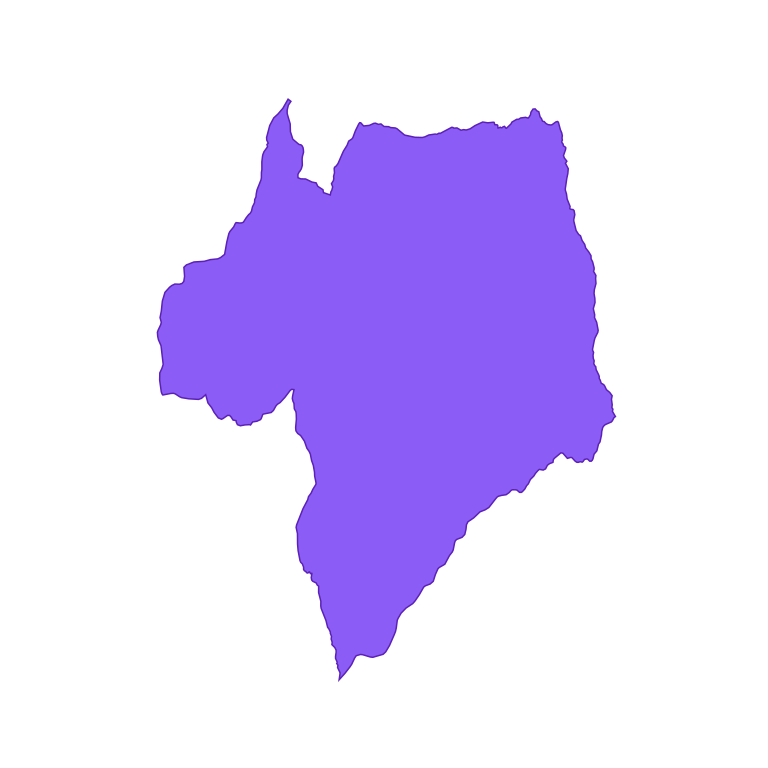 outline of Cácota, Norte de Santander, Colombia, rotated 11°
{"feature_id": "7082276B39579248859745", "entity_name": "Cácota", "entity_type": "district", "adm_level": 2, "iso_a3": "COL", "parent_name": "Colombia", "parent_adm1": "Norte de Santander", "projection": "equal_earth", "projection_center": [-72.647, 7.261], "detail": "fine", "context": "isolated", "style": "filled", "palette": "violet", "viewbox_px": 768, "rotation_deg": 11, "n_neighbors": 0, "source": "geoboundaries", "source_scale": "gbopen_adm2", "svg_char_len": 6146}
<svg xmlns="http://www.w3.org/2000/svg" viewBox="0 0 768 768"><g transform="rotate(11 384 384)"><path d="M617.4,371.8L613.5,367.3L613.5,365.0L612.2,363.7L612.0,360.9L610.2,355.6L610.2,352.0L607.2,349.2L603.4,347.1L601.0,343.8L599.8,342.7L597.0,341.7L595.6,339.1L594.2,337.4L593.8,335.4L593.1,334.2L589.5,329.4L588.5,326.5L587.4,325.8L586.0,323.9L585.9,321.2L584.5,318.8L583.7,315.8L583.7,313.0L582.5,311.3L582.1,310.1L582.1,301.5L582.3,298.7L584.0,292.6L584.0,290.5L581.0,282.9L578.0,278.7L577.6,275.8L575.1,270.1L575.6,263.7L574.6,259.6L572.9,255.0L572.5,251.2L572.9,244.9L571.6,240.1L571.3,237.0L568.2,233.4L568.4,231.5L568.1,229.9L565.5,224.3L563.4,221.6L562.7,218.5L559.7,215.2L556.0,212.0L554.4,208.7L551.0,205.2L548.6,201.0L546.6,200.1L543.3,196.7L539.3,188.0L538.9,186.5L539.0,181.4L537.5,177.5L536.3,176.7L533.6,176.8L532.9,176.3L532.8,174.2L528.5,167.5L526.9,162.7L525.0,159.1L524.7,157.7L524.2,147.0L524.3,142.4L523.8,137.5L520.0,132.7L521.0,130.4L517.9,127.7L516.6,125.5L517.5,119.3L517.4,117.5L516.9,116.9L514.7,116.0L514.0,114.3L512.5,112.9L512.2,111.7L512.6,110.6L511.8,108.6L511.7,106.3L510.5,103.5L508.6,100.7L505.2,93.7L504.1,93.2L502.5,94.1L499.6,97.3L498.5,97.9L495.6,98.1L493.5,97.5L491.1,95.8L489.6,95.8L489.1,95.3L488.0,93.5L486.2,91.9L484.0,87.2L482.0,86.7L479.9,85.1L477.8,85.7L476.4,89.1L476.4,91.9L475.3,94.7L474.7,95.5L472.1,95.2L467.3,96.8L465.6,98.5L463.8,98.8L459.6,102.5L459.0,104.5L455.4,109.6L454.8,109.6L453.2,108.1L451.9,108.7L450.9,109.9L449.7,110.1L449.0,109.7L448.0,110.6L447.0,110.9L446.3,108.4L445.6,108.0L443.3,108.3L442.2,106.2L441.2,106.2L436.1,107.8L430.9,108.0L424.1,112.9L419.8,117.1L416.2,119.0L413.6,119.1L411.2,120.2L406.8,118.7L403.8,119.5L402.6,119.0L401.5,119.1L391.2,127.4L390.2,127.2L388.3,128.8L386.5,128.9L380.5,131.0L376.8,133.7L374.5,134.7L367.3,135.9L356.7,135.7L348.0,130.9L346.2,130.5L341.6,131.0L339.4,130.5L334.8,131.2L331.4,129.3L328.8,130.2L326.1,129.6L324.4,130.0L320.3,132.9L314.8,134.6L311.3,132.0L310.3,132.1L309.6,133.5L307.6,140.9L306.4,148.2L305.6,149.7L303.0,152.3L302.2,156.7L299.7,163.3L296.8,176.3L295.5,179.1L294.1,180.7L294.0,182.1L295.1,186.2L294.9,189.9L295.5,191.8L295.5,194.0L294.2,197.4L296.0,200.3L295.8,203.7L295.2,205.5L295.2,208.7L288.1,207.7L287.0,204.9L281.3,202.6L279.0,199.5L274.8,199.5L268.0,197.7L263.2,198.5L260.2,197.9L259.5,194.8L260.3,192.0L260.9,191.1L261.8,188.5L262.1,184.8L260.7,178.8L260.5,176.3L260.8,171.8L260.2,169.5L259.3,167.2L257.9,165.6L256.9,165.1L254.7,165.0L247.8,161.1L244.0,154.2L242.3,146.6L238.1,138.5L237.3,136.8L236.7,133.7L236.9,128.6L238.7,124.3L235.5,122.7L232.1,132.7L228.4,139.2L225.0,143.8L222.5,152.1L221.7,164.5L222.4,167.0L224.4,169.7L223.4,171.2L224.4,173.4L221.9,178.8L221.3,182.0L221.3,183.8L221.7,189.2L223.2,196.8L223.3,199.7L224.3,205.1L224.3,207.1L222.3,217.7L222.3,221.6L222.6,224.8L221.9,227.6L222.3,230.8L221.1,235.1L220.9,239.8L220.0,242.2L218.9,243.4L217.0,247.1L215.1,252.0L213.6,253.0L211.7,253.5L208.0,253.8L207.4,254.9L206.5,258.4L203.6,263.8L203.0,266.0L202.6,274.3L202.8,287.2L199.4,291.1L196.9,292.9L189.9,295.0L184.3,297.8L174.1,300.5L167.3,304.8L165.3,307.6L167.7,316.4L167.9,321.5L166.6,323.8L164.1,325.1L159.6,325.8L156.9,327.8L155.0,330.0L151.5,335.8L150.6,344.8L151.5,355.1L151.5,361.6L153.6,365.9L153.5,368.4L152.0,374.3L151.7,376.5L152.8,380.5L154.2,383.7L157.8,388.9L163.5,406.9L163.0,411.1L161.8,415.9L163.0,422.9L166.9,434.3L168.0,436.1L169.0,437.0L176.4,434.0L179.0,433.3L180.9,433.5L185.8,435.5L188.0,436.0L195.0,435.8L204.9,434.5L207.6,432.9L211.0,428.5L214.8,436.2L219.4,440.2L222.6,444.2L227.8,448.9L231.2,449.6L232.5,448.7L236.4,444.7L238.4,444.3L240.1,445.5L242.7,448.2L245.8,448.2L246.3,449.7L247.9,451.9L251.0,452.4L255.3,450.7L259.6,449.6L260.8,449.7L262.3,446.3L266.4,444.8L269.6,442.5L270.1,441.3L270.8,437.1L271.4,436.5L278.7,433.5L280.5,431.1L282.1,426.2L283.2,424.3L285.6,422.0L289.3,416.0L293.2,408.1L294.5,406.8L296.7,406.7L296.6,413.6L296.8,415.9L298.0,418.4L299.3,420.2L300.7,425.5L302.8,428.0L303.5,430.0L304.7,435.3L305.6,443.8L306.5,446.8L308.7,449.0L312.0,450.5L316.8,455.3L320.6,461.8L323.3,464.4L325.1,466.9L327.5,472.9L330.1,477.3L332.6,483.8L333.5,487.6L336.2,494.2L336.3,495.5L334.3,500.8L333.2,505.2L331.4,508.9L331.2,512.1L328.3,521.8L325.1,539.0L325.1,541.5L327.6,547.4L329.7,557.7L331.5,564.0L335.2,573.3L336.3,574.9L338.2,576.2L340.0,579.1L340.5,581.5L341.6,582.6L342.9,582.9L344.0,584.0L345.3,584.1L346.4,582.7L346.8,582.7L348.0,584.2L349.2,583.6L349.4,583.9L349.5,587.9L350.4,590.2L351.6,591.2L355.5,592.3L356.8,594.1L358.4,594.9L359.6,601.2L363.5,609.4L364.3,613.9L365.1,616.2L372.2,627.3L375.1,633.6L376.5,634.8L378.6,637.6L378.9,639.0L380.6,641.7L380.8,644.5L382.4,647.3L382.6,649.8L386.0,652.1L387.7,654.3L388.2,656.4L388.4,660.7L388.8,662.6L391.0,665.8L391.2,666.7L390.9,667.4L392.4,668.8L392.5,671.1L395.8,675.6L396.1,676.8L396.4,682.9L400.9,675.4L404.6,668.1L405.8,665.2L407.5,658.5L408.6,656.0L412.5,654.0L414.8,653.8L422.7,654.6L425.2,654.4L434.7,649.5L436.8,646.6L439.3,639.6L441.9,628.0L442.5,624.7L442.6,621.1L442.1,613.4L442.5,611.5L444.5,605.7L448.4,599.7L454.1,594.1L455.9,591.0L458.9,584.0L461.7,575.8L463.1,574.2L467.5,571.5L470.0,568.3L470.8,561.2L472.2,555.1L473.2,553.6L478.1,549.3L481.0,539.9L483.1,535.8L483.6,533.6L483.6,526.4L483.9,524.3L485.0,522.7L489.9,519.6L492.0,516.3L492.2,511.1L491.8,506.4L492.7,503.2L497.6,498.3L502.6,491.2L507.3,488.2L510.5,485.2L515.7,475.0L516.7,473.3L517.8,472.3L520.7,470.9L525.0,469.4L527.5,466.8L529.0,464.3L530.2,463.3L533.8,462.7L534.8,462.8L537.7,464.5L539.4,464.2L540.3,463.4L542.3,460.2L543.4,456.6L544.7,454.5L545.9,449.8L548.6,445.8L549.8,442.7L551.7,439.5L552.7,438.2L556.7,438.1L558.8,436.5L559.9,432.6L561.7,430.6L564.8,428.7L564.7,426.0L565.3,424.6L570.8,417.8L572.8,417.8L578.2,422.0L581.4,420.4L582.5,420.4L586.4,423.3L588.1,424.0L589.5,423.9L591.5,422.8L593.4,422.9L594.2,422.1L595.2,419.8L597.2,418.9L598.3,418.9L600.6,420.5L602.2,420.2L603.0,419.1L603.4,417.5L603.6,412.8L605.7,409.0L606.0,402.2L607.1,399.6L607.2,392.5L606.8,389.1L607.0,385.0L607.7,383.3L609.0,381.6L614.4,377.9L615.2,376.5L616.2,373.1L617.4,371.8Z" fill="#8b5cf6" stroke="#5b21b6" stroke-width="1.5"/></g></svg>